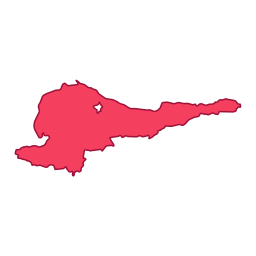 Chuy, Natural Earth projection
{"feature_id": "KGZ-1116", "entity_name": "Chuy", "entity_type": "Region", "adm_level": 1, "iso_a3": "KGZ", "parent_name": "Kyrgyzstan", "parent_adm1": "", "projection": "natural_earth1", "projection_center": [74.767, 42.563], "detail": "fine", "context": "isolated", "style": "filled", "palette": "rose", "viewbox_px": 256, "rotation_deg": 0, "n_neighbors": 0, "source": "natural_earth", "source_scale": "10m", "svg_char_len": 5740}
<svg xmlns="http://www.w3.org/2000/svg" viewBox="0 0 256 256"><path d="M75.8,80.2L77.4,81.0L80.1,83.4L81.7,83.9L83.5,84.3L85.0,85.0L87.8,87.2L88.9,87.7L91.2,87.9L93.1,89.1L95.3,89.7L96.3,90.2L97.1,91.1L98.4,93.3L99.2,94.1L104.8,98.1L106.7,98.8L112.8,99.7L117.5,101.9L119.0,103.1L120.6,103.8L123.8,104.7L125.4,105.6L126.7,106.5L129.9,108.4L131.4,108.7L135.0,108.6L147.2,110.1L149.3,109.9L150.4,110.0L153.9,111.4L155.3,111.3L156.9,110.7L158.4,109.7L159.7,108.4L160.3,107.6L162.0,103.2L162.6,102.6L163.4,102.5L164.0,102.4L166.8,102.2L168.9,102.5L173.2,103.6L174.4,103.7L177.9,102.6L179.3,102.6L183.3,103.5L188.2,103.5L192.9,104.8L193.4,104.7L194.5,104.3L195.2,104.2L195.7,104.6L196.3,105.7L196.9,105.9L197.8,105.6L199.4,104.2L200.4,103.8L201.9,103.9L204.7,105.0L206.1,105.3L207.2,105.0L209.3,104.2L211.7,104.2L212.8,104.0L214.8,103.0L215.1,102.7L215.1,102.4L215.2,102.1L215.6,102.1L216.6,102.2L216.9,102.2L217.4,102.0L218.5,100.7L219.5,100.0L220.6,99.9L223.0,99.8L225.1,99.0L226.2,98.9L227.3,99.3L233.4,100.3L235.3,100.9L235.9,101.4L237.4,103.4L238.3,104.0L239.2,104.2L240.1,104.2L240.6,106.0L240.5,106.5L240.4,107.0L240.0,107.2L239.7,107.1L238.9,106.9L238.6,106.9L238.3,107.1L238.0,107.3L236.7,108.7L236.4,109.2L236.1,110.5L235.9,110.9L235.4,111.2L234.0,111.7L232.9,111.9L220.1,111.6L219.4,111.7L219.1,112.0L218.9,112.4L218.8,112.8L218.6,113.3L218.4,113.7L218.0,114.1L217.7,114.3L217.2,114.4L215.5,114.1L213.0,113.1L212.4,113.0L212.0,113.1L209.2,114.5L208.4,114.7L207.8,114.7L206.1,114.1L204.7,114.2L201.2,113.5L200.7,113.4L200.3,113.6L200.1,113.9L199.0,116.0L198.7,116.3L198.4,116.4L194.3,117.3L190.6,118.9L189.4,119.6L188.2,120.4L185.3,123.7L185.0,124.0L183.6,124.9L183.1,125.2L182.6,125.3L182.2,125.2L181.9,125.2L181.2,125.0L180.3,124.5L179.0,124.5L171.5,126.3L170.5,126.3L166.4,126.0L165.7,126.1L165.2,126.4L164.7,127.5L164.3,127.8L163.8,128.1L162.5,128.7L161.8,129.1L160.5,130.2L159.7,130.4L159.1,130.6L158.4,130.7L158.1,130.9L157.9,131.2L157.9,132.3L157.9,132.5L157.6,133.1L157.4,133.4L157.0,133.8L154.9,135.0L153.9,135.5L153.7,135.8L153.0,136.6L150.1,138.3L149.4,138.5L149.0,138.4L149.0,138.1L149.2,136.8L149.1,136.5L149.0,136.1L148.9,135.8L148.7,135.5L148.4,135.3L148.1,135.4L147.2,135.8L143.2,136.7L142.5,136.7L142.1,136.6L139.8,135.6L139.4,135.6L139.1,135.8L138.8,136.0L138.4,136.2L136.8,136.7L136.2,136.8L128.0,136.5L125.8,135.8L125.3,135.9L125.0,136.0L124.7,136.3L124.0,136.8L122.2,137.4L120.8,135.7L120.2,135.5L119.8,135.4L119.5,135.7L119.0,136.0L118.3,136.3L110.5,137.5L109.9,137.8L110.9,140.3L113.4,144.1L113.8,145.0L113.9,145.7L113.6,145.9L113.2,146.0L112.8,145.9L111.6,145.4L111.2,145.4L107.0,145.8L105.9,146.3L103.8,149.0L102.5,150.8L102.2,150.8L101.9,150.8L101.7,150.5L101.6,150.1L101.4,149.8L101.1,149.5L99.9,149.5L90.2,150.8L89.6,150.7L89.3,150.5L88.7,150.3L86.6,150.0L85.3,150.0L84.9,150.0L84.6,150.1L84.3,150.9L83.3,156.6L83.4,157.3L83.5,158.1L84.9,158.4L85.3,158.7L85.7,159.1L85.8,159.4L85.7,159.6L85.1,160.1L84.6,160.5L83.9,161.4L83.6,161.8L83.4,162.2L83.2,162.9L83.1,163.3L83.2,163.7L83.4,164.9L83.3,165.4L83.1,166.0L81.7,167.4L81.3,168.0L81.1,168.5L81.1,169.0L81.1,170.1L81.0,170.6L80.6,171.1L80.0,171.5L79.4,171.8L78.9,171.8L78.6,171.7L78.3,171.5L77.8,171.1L77.6,171.0L77.3,170.9L77.1,170.9L76.7,171.0L75.2,172.0L74.7,172.4L74.5,172.9L74.3,173.4L74.1,175.1L73.8,175.5L73.4,175.8L73.1,175.7L72.9,175.6L72.7,175.4L72.6,175.1L72.5,174.7L72.5,174.2L72.8,172.7L72.9,172.2L72.8,171.9L72.6,171.6L72.4,171.5L72.1,171.5L70.8,171.9L70.4,172.0L69.9,171.9L69.5,171.8L69.0,171.6L68.7,171.3L68.4,171.0L67.8,169.9L67.5,169.6L67.0,169.2L66.8,168.8L66.6,168.5L66.3,167.6L66.1,167.3L65.8,166.8L63.5,168.5L62.5,168.8L61.6,168.8L55.1,169.4L54.2,166.5L53.7,165.6L52.9,165.2L52.4,165.0L51.3,164.8L50.8,164.8L50.4,164.9L50.1,165.0L48.9,165.6L48.6,165.8L48.1,166.2L47.8,166.7L47.5,166.9L47.1,167.1L46.2,167.2L45.6,167.2L40.6,165.4L39.9,165.2L39.2,165.3L37.5,165.6L36.7,165.7L35.0,165.0L34.3,164.8L33.8,164.8L32.3,165.2L32.1,165.1L31.9,164.8L31.6,163.5L31.3,162.9L31.1,162.6L30.8,162.2L30.3,161.9L29.3,161.3L28.7,161.1L28.1,160.9L27.2,160.9L26.8,160.7L26.0,160.0L25.4,159.8L23.0,159.3L20.2,158.4L19.4,158.2L18.8,158.2L18.5,158.3L18.2,158.1L18.0,157.8L17.7,156.9L18.3,155.9L18.4,155.5L18.4,155.3L18.3,155.1L18.1,154.9L17.9,154.8L15.9,154.2L15.6,154.0L15.4,153.6L15.4,153.1L15.4,152.8L15.9,150.7L16.0,150.2L16.4,149.8L17.0,149.6L18.8,149.7L19.5,149.5L20.2,149.1L20.8,148.3L21.0,148.1L22.7,147.3L24.0,146.9L25.0,146.8L26.1,146.5L26.9,146.4L27.9,146.6L28.5,146.8L29.3,147.0L30.1,146.9L32.2,146.0L33.2,145.8L34.5,145.8L36.5,146.0L36.9,146.2L38.4,147.0L39.3,147.0L40.5,146.7L43.8,145.4L44.6,144.9L46.1,143.0L46.3,141.9L46.6,141.3L47.5,140.1L48.9,138.9L49.2,138.4L49.3,137.9L49.3,137.1L49.1,136.6L48.5,135.7L47.9,135.5L47.6,135.5L46.1,135.7L45.5,135.7L45.0,135.6L44.6,135.4L44.3,135.2L44.1,134.9L43.9,134.7L43.8,134.3L43.4,133.2L43.2,132.9L42.6,133.4L42.3,134.1L42.2,134.9L42.3,135.3L42.4,135.6L42.4,135.9L42.0,136.7L40.7,137.8L39.1,137.6L35.3,130.6L34.4,128.4L34.0,126.1L34.2,123.6L34.8,121.1L37.7,115.1L39.2,112.2L39.4,111.1L39.2,109.9L38.6,107.6L38.4,106.4L38.6,105.3L39.1,104.3L40.2,102.5L42.3,96.9L42.9,95.9L43.8,95.2L46.3,93.8L55.6,90.3L56.6,90.1L58.8,90.2L60.8,89.1L62.6,84.5L64.3,83.3L65.4,83.6L67.3,85.4L68.3,85.7L76.8,84.7L77.7,84.3L77.9,83.3L77.3,82.1L75.8,80.2ZM100.2,111.4L100.7,111.4L100.9,111.2L100.7,110.4L100.7,109.6L100.8,108.8L101.4,108.3L101.7,107.7L102.4,107.4L102.5,107.0L102.3,106.7L102.2,106.4L101.5,105.5L100.6,104.7L100.1,103.7L99.7,102.5L99.6,102.3L99.3,102.4L98.8,103.5L98.1,104.4L97.1,105.1L94.2,105.8L93.4,106.6L94.0,107.8L96.2,109.5L97.0,109.9L97.0,110.8L96.9,111.4L96.9,112.3L97.2,112.9L97.6,113.2L97.9,113.2L98.3,112.8L98.7,112.0L99.4,111.3L100.2,111.4Z" fill="#f43f5e" stroke="#9f1239" stroke-width="1.5"/></svg>